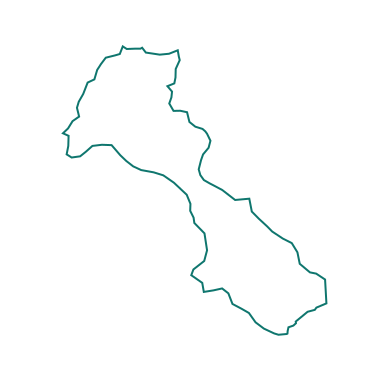 Sarama, Paphos, Cyprus (Mercator projection), rotated 82°
{"feature_id": "46923920B86735418834185", "entity_name": "Sarama", "entity_type": "district", "adm_level": 2, "iso_a3": "CYP", "parent_name": "Cyprus", "parent_adm1": "Paphos", "projection": "mercator", "projection_center": [32.535, 34.96], "detail": "fine", "context": "isolated", "style": "outline", "palette": "teal", "viewbox_px": 384, "rotation_deg": 82, "n_neighbors": 0, "source": "geoboundaries", "source_scale": "gbopen_adm2", "svg_char_len": 1519}
<svg xmlns="http://www.w3.org/2000/svg" viewBox="0 0 384 384"><g transform="rotate(82 192 192)"><path d="M297.2,72.4L290.1,80.4L288.0,86.4L278.1,95.3L266.4,96.0L256.5,100.3L250.8,108.5L242.3,118.1L236.6,122.3L227.8,129.5L219.7,135.5L206.6,136.2L205.9,150.4L194.2,161.8L188.4,169.8L186.0,173.2L181.8,178.6L176.4,181.4L170.5,182.2L161.7,178.6L156.3,175.8L150.5,169.4L143.8,166.6L136.4,169.0L133.8,170.4L131.0,172.8L127.8,179.6L122.3,184.8L112.3,185.8L109.9,192.4L109.1,199.0L101.2,202.2L95.4,199.2L89.8,197.8L83.8,201.6L82.0,194.4L76.3,192.4L67.9,191.0L59.7,185.8L56.0,186.2L49.7,186.4L51.9,195.5L51.5,204.8L47.5,218.3L42.2,221.3L42.9,223.1L42.2,227.9L41.3,236.7L38.2,240.3L45.3,244.3L46.0,249.1L47.0,258.7L52.7,264.4L55.4,266.7L57.9,268.9L66.9,273.0L69.1,280.1L79.8,286.1L86.9,291.6L92.6,294.2L101.6,293.3L105.2,300.4L111.8,305.9L115.9,311.6L119.2,306.4L129.2,308.1L137.3,310.9L138.6,309.3L141.1,306.4L141.1,299.5L141.1,297.8L137.3,291.4L132.5,284.2L132.7,274.7L134.4,265.1L145.6,257.9L152.2,252.7L158.4,246.7L163.2,239.3L167.2,227.2L171.5,218.1L180.3,208.6L194.0,197.6L203.5,195.2L210.4,196.4L217.6,194.0L223.0,194.0L234.7,185.4L251.8,185.2L262.0,189.5L268.9,201.4L274.3,204.3L283.4,194.5L292.6,194.2L292.4,184.4L291.7,175.6L297.4,170.1L308.5,167.5L314.5,159.2L319.7,152.5L329.9,147.2L337.3,139.8L343.5,130.3L345.4,126.2L345.8,118.0L345.5,117.2L342.9,116.6L339.4,115.3L338.4,110.2L336.4,107.3L334.7,107.3L326.7,94.2L325.8,86.8L323.8,84.9L321.0,74.4L297.2,72.4Z" fill="none" stroke="#0f766e" stroke-width="2"/></g></svg>